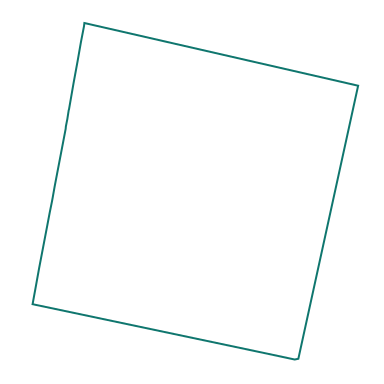 the district of Scotland, Missouri, United States of America, rotated 282°
{"feature_id": "52423323B89706896285747", "entity_name": "Scotland", "entity_type": "district", "adm_level": 2, "iso_a3": "USA", "parent_name": "United States of America", "parent_adm1": "Missouri", "projection": "equal_earth", "projection_center": [-92.17, 40.453], "detail": "fine", "context": "isolated", "style": "outline", "palette": "teal", "viewbox_px": 384, "rotation_deg": 282, "n_neighbors": 0, "source": "geoboundaries", "source_scale": "gbopen_adm2", "svg_char_len": 447}
<svg xmlns="http://www.w3.org/2000/svg" viewBox="0 0 384 384"><g transform="rotate(282 192 192)"><path d="M49.1,59.4L49.5,290.3L49.5,327.3L51.0,330.7L330.5,332.4L334.9,51.6L331.7,51.9L315.3,52.2L295.9,52.9L274.2,53.5L247.4,54.5L246.3,54.4L237.3,54.9L236.7,54.9L229.9,55.0L227.5,55.3L169.0,56.5L157.5,56.9L153.7,57.0L142.5,57.1L129.3,57.4L85.6,58.3L62.9,59.0L62.7,59.0L49.1,59.4L49.1,59.4Z" fill="none" stroke="#0f766e" stroke-width="2"/></g></svg>